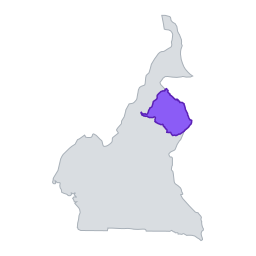 Mayo-Rey, Nord, Cameroon (highlighted)
{"feature_id": "32672807B45774164265008", "entity_name": "Mayo-Rey", "entity_type": "district", "adm_level": 2, "iso_a3": "CMR", "parent_name": "Cameroon", "parent_adm1": "Nord", "projection": "orthographic", "projection_center": [14.714, 8.186], "detail": "fine", "context": "in_parent", "style": "filled", "palette": "violet", "viewbox_px": 256, "rotation_deg": 0, "n_neighbors": 0, "source": "geoboundaries", "source_scale": "gbopen_adm2", "svg_char_len": 7331}
<svg xmlns="http://www.w3.org/2000/svg" viewBox="0 0 256 256"><path d="M53.1,179.0L53.7,177.5L58.0,170.4L60.7,158.9L62.0,156.2L63.2,154.4L69.4,148.3L71.7,146.4L75.1,144.2L77.5,139.7L78.3,139.3L79.3,138.9L84.6,135.1L85.1,135.9L85.4,136.8L85.8,137.2L87.5,137.5L89.9,137.5L91.2,137.3L92.0,136.5L92.7,134.4L93.2,134.0L93.7,133.9L96.3,135.4L100.5,139.7L101.5,140.4L102.0,141.2L102.9,145.0L103.4,146.0L104.3,146.4L106.0,146.2L107.7,145.5L109.2,144.5L110.7,143.3L111.7,142.2L112.2,141.3L112.4,138.2L112.8,137.5L118.3,133.1L118.2,132.6L117.3,131.4L116.5,130.0L117.3,128.5L118.2,127.4L121.4,123.7L121.6,121.0L124.2,116.8L125.7,111.1L125.8,110.0L129.1,103.9L132.6,103.3L134.0,102.5L135.5,100.9L136.6,99.5L137.0,98.1L137.4,95.5L138.0,92.5L138.4,89.9L139.5,87.5L141.3,86.3L144.3,85.2L144.8,84.8L145.2,83.2L145.7,77.8L146.2,75.4L149.0,72.8L150.3,68.6L151.4,64.2L154.6,58.9L158.4,53.6L160.1,52.2L161.6,51.6L163.3,51.5L164.4,51.1L168.4,48.5L170.1,47.6L171.3,46.7L171.6,45.9L171.8,44.7L171.4,42.0L172.1,40.0L172.5,36.9L172.7,34.5L172.5,33.7L171.8,32.3L170.6,30.8L168.6,29.9L165.8,29.6L164.3,29.1L163.8,26.3L163.6,24.6L161.8,15.4L165.3,15.4L169.5,16.5L170.5,17.3L171.1,20.5L172.6,22.2L175.2,23.7L176.9,26.7L177.6,31.3L179.0,34.1L179.4,34.5L181.4,39.7L181.6,42.1L181.4,43.7L182.2,45.7L181.0,49.1L180.6,51.2L180.5,54.2L181.2,59.4L182.5,63.4L183.8,66.6L185.3,69.1L187.7,71.9L190.3,74.4L192.7,76.0L190.5,77.0L186.1,77.1L183.7,76.6L182.5,76.5L181.3,76.9L176.7,77.4L172.1,77.1L167.8,76.5L165.2,76.6L163.1,78.1L161.5,80.5L160.0,82.3L160.5,84.3L161.6,85.5L163.9,87.9L165.9,90.3L166.9,92.0L170.9,95.5L174.7,98.6L176.5,99.7L177.2,100.0L179.3,101.8L182.2,104.7L184.9,109.4L188.6,118.7L189.4,119.5L190.7,120.0L190.9,121.0L190.8,122.4L190.4,123.6L187.4,128.5L184.8,130.4L184.0,131.5L183.0,134.3L180.6,139.8L179.6,140.6L177.2,144.4L175.3,149.1L174.8,149.8L174.0,150.4L171.3,151.6L170.4,152.2L169.0,153.6L168.8,154.6L169.4,155.9L170.2,157.0L171.6,157.0L172.4,158.0L172.4,165.3L171.8,166.4L171.8,166.9L171.5,168.2L171.4,169.6L171.6,170.2L172.1,170.6L172.9,171.6L173.3,173.8L174.2,181.7L174.7,183.0L175.4,183.9L177.9,185.6L180.4,187.8L181.2,189.3L181.7,191.6L182.7,193.5L182.7,194.2L182.3,194.4L180.7,194.6L181.2,195.9L182.5,198.3L189.0,205.6L195.3,212.1L196.8,212.6L197.9,212.7L198.3,213.1L198.9,214.0L201.0,216.4L201.4,217.7L200.9,219.0L201.4,221.1L201.8,221.8L201.6,222.5L201.9,224.9L202.5,227.1L203.4,228.9L203.3,230.2L202.1,231.0L201.4,232.2L201.1,233.8L201.5,235.9L202.4,238.3L202.5,239.7L201.0,240.6L199.3,239.0L197.4,237.9L194.7,236.0L191.9,235.3L188.2,235.2L186.7,235.4L184.0,233.8L183.2,233.6L182.0,234.3L181.1,234.3L180.1,234.0L178.1,234.1L177.9,232.9L177.5,232.7L175.3,232.8L174.6,231.9L174.3,232.0L173.4,231.7L171.7,230.4L169.8,231.3L165.9,231.2L146.2,231.1L145.8,229.8L144.8,229.2L143.0,229.1L137.8,229.4L133.8,229.2L131.1,228.7L127.8,228.4L123.7,228.6L119.5,228.5L112.0,228.1L107.8,228.1L107.9,228.9L107.6,229.4L107.4,230.7L80.8,230.5L78.6,229.5L78.0,229.0L77.8,227.9L77.3,227.7L77.7,223.1L78.6,219.3L79.0,215.7L80.2,212.5L79.6,209.3L78.8,207.9L74.8,203.4L76.7,201.7L74.3,201.9L73.8,200.2L72.6,198.2L73.3,197.9L74.0,196.8L76.2,197.2L76.1,196.6L74.3,194.9L74.5,194.1L75.2,193.2L74.9,192.8L73.5,193.7L72.5,193.7L71.8,193.0L71.2,192.9L71.5,194.2L70.8,195.3L70.0,195.7L68.8,195.7L67.8,195.3L67.5,194.7L66.6,194.2L63.9,193.3L61.7,192.3L61.3,189.5L60.4,188.3L60.0,187.0L59.8,185.5L60.2,183.1L59.6,182.7L59.0,182.6L58.0,182.7L57.1,182.6L56.0,181.3L55.1,180.7L55.7,183.1L55.0,183.8L53.4,183.6L52.7,182.7L52.6,182.0L53.4,179.1L53.1,179.0Z" fill="#d9dde1" stroke="#a8b0b8" stroke-width="1"/><path d="M184.2,131.1L184.3,131.0L184.3,130.9L184.5,130.7L184.8,130.3L184.8,130.2L185.1,130.1L185.2,129.9L185.3,129.9L185.5,129.7L185.8,129.4L186.1,129.2L186.4,128.9L186.5,128.9L186.8,128.6L187.0,128.5L187.2,128.2L187.4,128.1L187.7,127.9L187.8,127.8L188.0,127.7L188.3,127.4L188.4,127.1L188.6,127.0L188.7,126.9L188.7,126.7L188.8,126.6L189.0,126.6L189.1,126.2L189.3,125.9L189.4,125.7L189.6,125.6L189.7,125.4L189.8,125.2L190.1,125.0L190.2,124.8L190.3,124.7L190.6,124.5L190.6,124.4L190.9,124.2L191.1,124.0L191.1,123.9L191.1,123.7L191.4,123.2L191.5,122.9L191.5,122.7L191.4,122.6L191.5,122.4L191.6,122.2L191.7,121.9L191.6,121.4L191.6,121.1L191.5,120.8L191.5,120.7L191.7,120.4L191.5,120.2L191.3,120.2L190.6,120.0L190.2,119.9L189.8,119.7L189.8,119.4L189.6,119.2L189.2,118.6L189.0,118.3L188.8,117.9L188.3,116.2L188.2,116.0L188.2,115.9L187.8,115.5L187.7,115.2L187.6,114.7L187.7,114.1L187.5,113.6L187.4,113.3L187.3,113.1L187.0,112.5L186.9,112.4L186.3,111.2L186.2,110.9L186.1,110.7L185.9,110.4L185.8,110.2L185.6,109.9L185.5,109.7L185.2,108.3L185.2,108.0L185.1,107.6L185.0,107.4L184.9,107.0L184.9,106.8L184.8,106.6L184.7,106.5L184.7,106.2L184.6,105.9L184.5,105.5L184.4,105.4L184.4,105.2L184.2,105.0L184.2,104.8L184.2,104.6L184.1,104.4L184.0,104.1L184.0,103.9L184.0,103.7L183.6,103.6L183.3,103.2L183.0,103.0L182.8,102.9L182.4,102.7L182.2,102.6L182.0,102.4L181.8,102.5L181.6,102.5L181.3,102.5L181.1,102.5L180.8,102.5L180.6,102.5L180.1,102.3L179.9,102.3L179.7,102.4L179.6,102.2L179.7,101.8L179.7,101.6L179.5,101.3L179.4,101.3L179.1,101.1L178.8,101.0L178.6,101.0L178.2,100.8L178.3,100.7L178.5,100.6L178.3,100.4L178.2,100.3L178.1,100.2L178.0,99.8L177.9,99.8L177.8,99.7L177.7,99.7L177.6,99.8L177.5,99.6L177.3,99.8L177.2,99.7L177.2,99.8L176.7,99.9L176.2,99.7L175.8,99.7L175.5,99.7L175.4,99.7L175.1,99.5L174.8,99.1L174.6,99.0L174.4,98.7L174.0,98.4L173.7,98.2L173.3,97.7L173.2,97.5L173.1,97.4L172.8,97.2L172.6,97.0L172.5,96.9L171.9,96.3L171.7,96.1L171.3,95.8L171.1,95.6L170.9,95.5L170.7,95.4L170.4,95.4L170.2,95.2L169.8,94.6L170.0,94.3L170.0,94.2L169.9,94.0L169.7,93.8L169.4,93.7L169.2,93.6L169.0,93.2L168.9,93.1L168.6,92.8L168.5,92.7L168.4,92.7L168.0,92.3L167.8,92.1L167.7,91.9L167.8,91.6L168.0,91.1L168.0,90.9L168.1,90.7L167.9,90.3L167.7,90.1L167.3,89.9L167.1,89.7L166.9,89.3L166.9,89.2L166.6,88.7L166.3,88.8L165.8,89.0L165.2,89.3L164.9,90.0L165.1,90.4L164.7,90.9L163.8,90.8L163.1,91.0L162.8,91.0L162.6,90.9L162.3,91.0L161.9,91.4L161.3,91.4L160.8,91.6L160.7,91.7L160.2,92.3L158.7,93.6L157.3,95.2L157.1,96.0L157.2,97.6L156.8,98.9L155.5,100.0L155.2,100.2L154.1,100.9L154.0,101.0L153.3,101.6L152.8,103.9L152.4,105.3L151.9,106.8L150.4,107.8L149.8,108.0L149.7,108.8L149.2,109.4L148.6,110.6L148.1,112.6L147.7,113.2L147.5,113.8L146.6,114.3L145.7,114.2L145.1,113.7L144.5,114.0L143.2,113.9L142.4,113.5L142.1,113.5L141.5,112.6L141.3,112.3L141.0,112.5L141.1,113.2L141.5,113.9L141.7,114.5L142.1,115.2L142.9,115.4L144.0,116.1L144.6,116.0L145.2,116.3L145.9,116.3L146.3,116.3L146.5,116.3L147.2,116.2L147.7,116.8L148.1,117.0L149.6,117.6L150.4,117.5L150.7,117.5L152.5,117.6L153.4,117.4L154.0,116.9L154.4,116.8L155.0,117.1L155.4,117.6L155.3,118.6L154.9,119.8L155.1,120.5L155.1,120.8L154.9,121.5L155.2,121.7L155.3,121.8L155.8,121.8L155.9,122.4L156.3,122.6L157.2,123.0L158.0,123.5L158.8,123.8L160.0,124.2L160.6,124.6L162.1,124.6L162.7,124.3L163.1,124.7L163.3,125.9L163.9,126.4L164.5,126.6L164.4,127.2L164.9,127.5L165.7,128.9L166.5,129.2L166.8,129.6L167.0,130.5L167.0,131.4L166.9,131.6L166.8,132.3L168.4,132.5L169.5,132.5L170.6,132.4L171.2,133.6L171.5,134.1L171.8,134.6L172.1,134.9L172.3,135.1L172.7,135.5L174.6,135.1L175.6,135.5L175.6,135.4L177.3,135.1L178.7,134.1L180.0,134.1L182.2,132.6L182.5,132.4L183.2,131.9L183.7,131.5L184.2,131.2L184.2,131.1Z" fill="#8b5cf6" stroke="#5b21b6" stroke-width="1.5"/></svg>